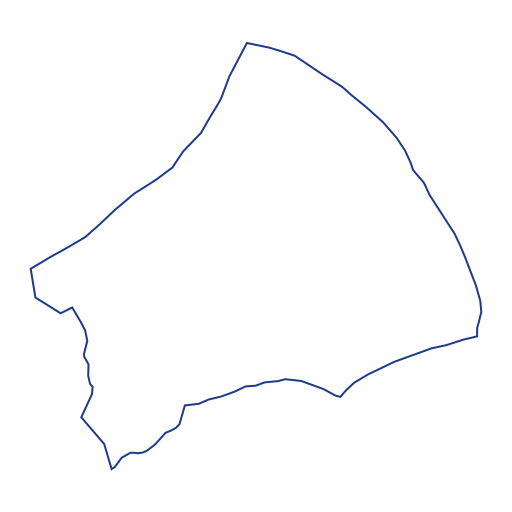 the district of Ukwuani, Delta, Nigeria
{"feature_id": "59680162B21365932465956", "entity_name": "Ukwuani", "entity_type": "district", "adm_level": 2, "iso_a3": "NGA", "parent_name": "Nigeria", "parent_adm1": "Delta", "projection": "mercator", "projection_center": [6.243, 5.847], "detail": "fine", "context": "isolated", "style": "outline", "palette": "blue", "viewbox_px": 512, "rotation_deg": 0, "n_neighbors": 0, "source": "geoboundaries", "source_scale": "gbopen_adm2", "svg_char_len": 1322}
<svg xmlns="http://www.w3.org/2000/svg" viewBox="0 0 512 512"><path d="M111.6,469.0L114.8,467.0L121.7,457.7L130.4,452.8L135.2,452.8L138.0,453.3L143.1,452.4L146.9,450.7L154.7,444.8L159.3,439.8L165.4,432.9L166.7,432.3L170.8,430.7L176.3,427.6L177.0,426.6L179.4,424.4L184.9,405.4L198.9,403.8L208.6,399.5L221.3,396.5L234.7,391.6L245.6,386.4L255.7,385.7L264.6,382.4L278.1,381.1L285.3,379.2L301.3,381.0L323.3,389.0L335.5,395.6L340.4,396.9L345.4,391.0L354.2,382.7L355.5,381.9L367.9,374.5L394.0,361.9L431.3,348.4L446.1,345.2L463.5,339.6L476.6,336.5L477.1,336.4L477.2,327.8L478.6,322.9L481.3,312.0L480.3,300.9L475.7,284.8L469.9,269.9L466.8,261.7L465.2,257.5L460.5,246.3L454.7,233.9L429.6,195.0L426.0,187.2L423.8,182.6L413.0,170.0L410.6,162.6L404.8,150.1L396.4,137.6L383.2,122.4L366.3,107.2L350.6,94.4L342.1,86.8L321.5,73.8L294.8,55.8L282.6,51.7L269.1,47.6L255.6,44.8L246.9,43.0L229.4,76.3L221.1,98.5L216.9,105.9L211.6,114.5L200.9,133.0L186.9,147.5L183.1,151.5L176.6,161.2L172.4,167.6L168.0,170.8L155.7,180.0L134.2,193.6L115.1,209.7L100.8,223.3L85.4,237.0L68.6,246.9L51.7,256.3L48.4,258.2L30.7,268.8L35.4,297.5L60.6,313.3L72.2,307.5L80.7,321.9L85.1,330.3L87.3,340.9L83.9,354.2L84.3,356.9L88.5,364.3L88.2,375.9L90.1,384.0L92.6,386.8L92.0,394.1L81.3,417.3L104.2,444.0L111.6,469.0Z" fill="none" stroke="#1e3a8a" stroke-width="2"/></svg>